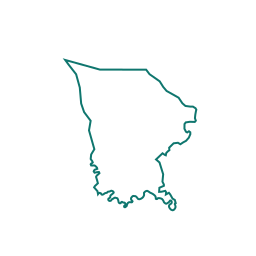 the district of Enrique Martínez, Treinta y Tres, Uruguay, rotated 51°
{"feature_id": "84410073B18985772517104", "entity_name": "Enrique Martínez", "entity_type": "district", "adm_level": 2, "iso_a3": "URY", "parent_name": "Uruguay", "parent_adm1": "Treinta y Tres", "projection": "orthographic", "projection_center": [-53.826, -33.156], "detail": "fine", "context": "isolated", "style": "outline", "palette": "teal", "viewbox_px": 256, "rotation_deg": 51, "n_neighbors": 0, "source": "geoboundaries", "source_scale": "gbopen_adm2", "svg_char_len": 4166}
<svg xmlns="http://www.w3.org/2000/svg" viewBox="0 0 256 256"><g transform="rotate(51 128 128)"><path d="M94.1,77.2L64.9,113.1L35.6,134.0L41.7,134.3L53.6,134.5L66.2,140.0L79.5,149.0L88.0,152.1L98.9,152.5L105.3,159.8L123.3,167.5L125.4,173.3L128.6,176.5L131.5,176.7L132.6,177.1L132.7,178.2L132.5,178.9L132.7,179.8L133.9,180.2L134.9,179.1L135.8,177.8L136.5,177.4L138.1,177.1L139.4,177.1L140.4,177.6L139.5,180.1L139.7,181.2L140.2,182.0L141.7,182.1L142.9,179.8L143.9,178.3L145.1,178.6L145.3,180.2L145.3,182.2L145.9,183.6L149.4,185.0L152.0,186.2L152.3,190.3L152.8,191.7L157.9,191.5L160.5,192.9L160.3,192.2L160.3,191.7L160.4,191.1L160.7,190.8L161.1,190.6L161.4,190.3L161.9,190.2L162.1,190.2L162.4,190.3L162.9,190.4L163.2,190.3L163.5,190.1L163.8,189.7L164.0,189.1L164.1,188.3L164.1,187.5L164.2,186.9L164.5,186.2L164.8,185.6L165.0,185.3L165.0,184.9L164.9,184.4L164.9,183.7L165.5,182.7L165.9,181.9L166.1,180.8L166.3,180.4L166.5,180.2L166.9,180.0L167.4,179.7L168.0,179.5L168.5,179.5L169.1,179.7L169.2,179.8L169.3,180.0L169.4,181.0L169.4,182.1L169.4,182.8L169.4,183.6L169.5,184.2L169.9,184.7L170.2,185.0L170.6,185.4L170.8,186.1L170.7,186.9L170.6,187.6L171.0,188.2L171.4,188.5L172.0,188.6L172.6,188.5L173.1,188.2L173.5,187.6L173.7,186.9L173.6,186.4L173.4,185.9L173.3,185.3L173.4,184.7L173.6,184.2L173.6,183.8L173.7,183.1L173.7,182.5L173.9,182.1L174.2,181.7L174.8,181.3L175.2,181.0L175.6,180.7L176.1,180.5L176.6,180.6L177.1,180.8L177.8,181.0L178.5,181.3L179.2,181.7L179.8,182.0L180.3,182.1L180.7,182.0L181.1,181.9L181.4,181.7L181.6,181.4L181.7,181.2L181.8,181.0L181.6,180.6L181.4,180.0L181.4,179.5L181.7,179.1L182.1,178.9L182.6,178.8L183.1,178.5L183.4,178.1L183.8,177.7L184.3,177.6L184.8,177.6L185.3,177.7L185.7,178.0L186.0,178.5L186.1,179.1L186.1,179.8L186.4,180.3L186.7,180.5L187.1,180.6L187.6,180.3L187.8,179.9L187.8,179.7L187.8,179.1L187.8,178.5L187.7,178.0L187.4,177.6L187.1,177.2L186.8,176.7L186.5,176.1L186.2,175.3L186.2,174.6L186.3,174.0L186.7,173.4L187.1,172.9L187.6,172.4L188.0,172.0L188.2,171.5L188.0,171.0L187.8,170.6L187.5,170.6L186.9,170.6L186.3,170.7L185.6,170.5L185.1,170.4L184.7,170.0L184.3,169.5L184.1,168.8L184.0,168.1L183.9,167.3L184.1,166.7L184.6,166.2L185.2,165.6L185.7,165.1L186.3,164.9L187.0,164.8L187.7,164.8L188.4,164.8L189.5,164.8L190.1,164.4L190.6,163.8L190.8,163.4L191.1,162.5L191.2,161.8L191.3,160.9L191.2,159.9L191.0,159.2L190.7,158.5L190.4,157.9L189.6,157.2L189.0,156.8L188.7,156.6L188.4,156.3L188.3,155.8L188.3,155.5L188.2,154.8L188.3,154.0L188.5,153.3L189.0,152.6L189.5,152.3L190.2,152.1L191.0,151.8L191.9,151.6L192.6,151.3L193.5,150.8L194.5,150.4L195.3,150.1L196.2,149.9L197.0,149.7L197.7,149.7L198.3,149.7L198.9,149.9L199.6,150.3L200.1,150.6L200.5,150.9L200.9,150.8L201.3,150.4L201.5,150.0L201.4,149.4L201.4,148.9L201.7,148.4L202.2,147.8L202.8,147.3L203.4,146.8L204.0,146.5L204.7,146.2L205.5,146.2L206.1,146.2L206.8,146.3L207.5,146.5L208.1,146.7L209.0,146.7L209.8,146.5L210.4,146.3L210.9,145.9L211.1,145.4L211.2,144.6L211.3,143.9L211.3,143.3L211.3,142.7L211.2,142.2L211.0,141.6L210.9,141.0L211.1,140.6L211.5,140.3L212.2,140.2L212.7,140.4L213.0,140.6L213.5,141.0L213.8,141.6L213.9,142.3L213.8,143.0L213.8,143.7L213.9,144.3L214.1,144.8L214.5,145.3L215.1,145.7L215.7,145.9L216.3,146.0L217.0,146.1L217.7,146.0L218.3,146.0L218.9,145.8L219.4,145.5L220.0,145.1L220.2,144.7L220.3,144.4L220.4,143.9L220.4,143.3L220.2,142.7L220.1,142.1L219.8,141.5L219.5,141.0L219.2,140.7L218.8,140.4L218.3,140.2L217.6,139.8L216.7,139.6L216.3,139.2L216.1,138.8L216.0,138.4L216.2,138.1L213.4,136.9L210.9,137.8L206.2,137.0L204.1,137.0L203.5,140.4L202.0,138.8L200.3,138.6L198.6,142.1L197.2,144.0L194.2,141.2L195.5,136.5L194.5,135.7L191.4,135.0L186.1,129.8L174.6,125.2L170.1,126.0L169.4,117.1L172.1,116.3L173.0,115.8L171.5,114.0L171.2,111.6L171.3,109.8L169.2,108.4L168.6,102.2L170.9,98.5L173.6,97.5L173.9,94.1L174.5,91.0L173.8,86.8L172.0,83.4L170.5,82.3L168.9,82.7L168.7,84.8L167.4,85.3L164.1,84.6L160.5,81.6L160.0,79.6L162.1,76.0L165.3,72.3L165.0,70.7L162.5,69.8L159.9,67.2L157.5,64.4L156.8,63.4L155.1,63.1L152.2,64.1L150.5,66.2L147.0,69.5L143.0,70.2L136.3,69.6L123.5,74.7L118.3,74.8L111.7,74.0L99.8,77.4L94.1,77.2Z" fill="none" stroke="#0f766e" stroke-width="2"/></g></svg>